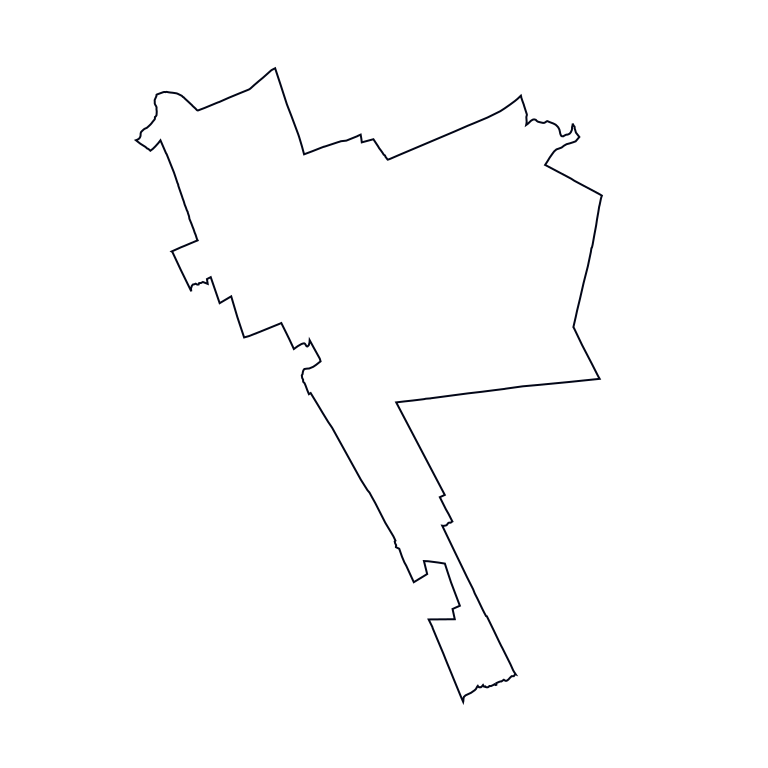 outline of Salcioara, Dâmbovita, Romania, rotated 266°
{"feature_id": "2599482B29130096234680", "entity_name": "Salcioara", "entity_type": "district", "adm_level": 2, "iso_a3": "ROU", "parent_name": "Romania", "parent_adm1": "Dâmbovita", "projection": "robinson", "projection_center": [25.568, 44.74], "detail": "fine", "context": "isolated", "style": "outline", "palette": "ink", "viewbox_px": 768, "rotation_deg": 266, "n_neighbors": 0, "source": "geoboundaries", "source_scale": "gbopen_adm2", "svg_char_len": 6098}
<svg xmlns="http://www.w3.org/2000/svg" viewBox="0 0 768 768"><g transform="rotate(266 384 384)"><path d="M630.6,590.4L629.1,590.2L627.1,589.5L625.6,589.4L624.3,589.1L622.2,588.0L620.9,586.8L620.3,585.6L620.0,584.5L620.0,583.2L619.5,581.9L619.1,581.0L618.6,580.2L618.7,578.9L619.1,578.2L620.1,577.7L621.4,577.3L623.1,577.1L625.6,576.7L627.9,575.7L629.3,574.6L630.7,573.3L632.0,571.2L633.9,567.1L634.8,565.4L634.7,564.6L633.7,563.0L633.3,561.8L633.4,560.7L634.2,558.0L634.9,555.9L635.9,554.6L636.9,553.9L637.3,552.9L637.5,552.1L637.3,550.8L636.3,548.9L633.6,545.7L632.5,543.9L633.5,544.2L635.6,544.6L636.4,544.6L638.0,544.6L640.1,544.6L640.7,544.7L642.4,545.3L643.0,545.3L652.4,543.0L652.7,543.0L656.8,541.8L660.7,540.8L661.1,540.9L662.1,540.7L659.2,537.2L657.2,534.4L653.9,529.2L650.6,523.7L648.0,519.0L642.6,505.8L637.8,491.7L635.8,485.6L630.9,471.8L611.4,415.0L608.2,405.9L607.5,403.4L607.7,403.2L610.6,401.3L611.8,401.0L612.3,400.4L612.8,399.7L613.2,399.5L614.9,398.6L617.2,397.2L619.3,395.8L620.0,395.4L621.3,394.8L628.9,390.5L626.6,378.7L630.4,378.5L634.4,378.1L633.3,375.1L633.1,374.8L629.4,363.4L629.2,358.0L628.7,356.2L628.5,355.2L624.9,341.1L625.0,340.9L624.1,337.9L621.1,328.4L618.7,320.3L626.4,318.8L630.0,318.0L636.2,316.6L638.9,315.9L657.9,310.3L666.6,307.6L669.9,306.6L689.3,301.8L706.6,297.4L705.1,294.0L704.7,293.3L697.9,284.5L695.2,280.7L691.5,275.7L688.2,271.5L687.5,270.4L687.1,269.5L684.0,260.0L680.4,249.2L676.8,239.3L676.6,238.4L675.9,236.2L671.9,224.3L670.3,219.0L669.9,217.7L669.9,217.2L670.0,216.9L670.2,216.6L670.6,216.2L671.9,215.2L674.6,212.6L675.1,212.2L675.8,211.7L676.6,210.9L679.1,208.6L682.9,205.0L683.8,204.3L684.1,204.0L684.3,203.5L685.6,202.4L687.7,198.8L688.1,198.1L688.5,197.0L689.3,193.4L689.6,191.6L690.0,189.6L690.5,187.8L690.6,187.2L690.5,186.8L690.4,186.3L690.6,185.7L690.6,184.5L688.7,177.8L688.5,177.4L688.3,177.2L687.4,177.1L686.8,176.9L683.4,175.1L682.8,175.0L681.4,175.0L680.3,174.9L679.7,174.9L679.0,175.1L678.5,175.3L676.9,176.1L676.2,176.3L675.5,176.4L674.1,176.2L671.8,176.3L670.0,176.1L668.0,175.8L667.0,175.1L666.5,174.5L666.4,174.2L666.2,174.1L664.9,174.0L664.4,173.9L663.9,173.6L661.7,171.5L660.3,170.3L659.2,169.2L657.7,167.4L656.1,165.3L655.3,163.1L654.8,162.2L653.0,160.0L652.2,159.2L651.2,158.8L650.8,158.7L648.9,158.5L648.1,158.3L646.9,157.7L646.1,157.0L645.6,156.4L644.9,154.9L644.5,153.5L640.7,157.7L637.2,162.5L636.2,163.5L635.5,164.1L635.1,165.0L634.3,166.0L633.0,167.2L634.6,169.7L637.0,172.5L640.1,175.7L642.7,178.0L629.3,182.7L628.8,183.0L628.5,183.2L621.6,185.4L620.9,185.6L609.7,189.2L604.4,190.6L599.2,191.9L597.3,192.6L596.4,192.6L595.5,192.8L584.8,195.7L583.5,196.0L580.1,197.0L576.8,197.7L574.1,198.6L571.2,199.4L570.8,199.5L569.7,200.1L568.9,200.2L568.3,200.3L564.9,201.2L563.7,201.3L562.4,201.4L557.0,203.2L553.9,204.1L551.8,204.8L548.2,205.7L545.9,206.5L541.7,207.5L540.7,207.9L540.3,208.1L538.0,201.3L535.8,194.9L534.5,190.9L531.0,181.4L530.5,182.1L512.1,189.2L489.9,198.2L492.7,198.1L495.4,199.2L496.6,200.4L496.7,201.7L497.2,203.1L496.2,204.6L496.2,206.0L497.6,206.7L497.5,208.4L498.4,210.4L496.2,215.1L501.0,214.7L502.7,218.6L476.1,225.7L482.1,237.7L460.9,242.4L440.2,247.7L441.2,252.6L444.5,263.1L451.1,283.3L452.0,285.8L441.1,290.3L437.4,291.8L435.7,292.5L427.4,295.7L425.2,296.5L427.8,300.7L429.6,304.4L429.9,305.5L430.1,306.4L430.1,307.3L429.7,307.9L428.9,308.4L427.3,309.2L426.9,309.7L426.8,310.3L428.0,311.7L430.7,312.6L432.9,312.9L425.4,316.3L413.8,321.7L411.0,322.3L409.9,320.6L407.9,317.7L406.1,314.6L404.7,310.5L404.7,308.0L404.5,305.6L403.2,304.5L401.6,303.9L399.4,303.4L398.4,302.6L395.7,302.8L393.9,303.6L392.5,303.5L391.6,303.7L390.4,304.8L387.8,305.7L383.0,307.1L379.1,308.4L380.1,310.2L368.1,316.4L359.4,320.8L349.8,325.8L344.0,329.2L290.2,354.2L279.2,360.1L276.6,362.0L272.4,363.9L265.8,367.0L245.5,375.6L231.3,382.8L226.9,384.5L226.2,383.7L224.3,384.0L222.3,384.9L221.4,384.6L220.4,384.5L218.6,387.7L210.5,389.9L204.6,391.9L201.2,393.5L184.2,399.9L191.4,413.8L204.6,411.5L204.1,415.7L202.1,425.7L200.6,432.2L193.3,434.0L181.5,437.0L157.5,444.2L154.8,436.7L144.4,438.2L146.0,412.3L146.0,412.1L138.2,415.3L137.1,415.5L126.1,419.2L110.9,424.4L105.2,426.2L101.2,427.5L89.8,431.3L86.1,432.5L67.7,438.6L61.4,440.8L62.1,441.0L64.9,441.4L66.3,441.9L67.7,443.6L69.9,449.3L71.6,452.1L72.1,453.0L73.3,454.4L75.8,456.0L76.3,456.5L75.3,457.0L74.8,457.9L74.9,458.1L74.9,458.6L74.7,459.2L74.7,459.4L75.3,460.4L76.8,461.8L75.2,462.6L75.0,463.1L75.2,464.0L74.6,464.3L74.2,465.6L74.3,466.6L74.7,467.4L75.4,468.1L75.2,469.6L76.1,472.0L76.8,473.3L76.2,473.8L75.9,474.4L76.1,475.1L77.0,475.2L77.8,475.2L78.9,478.3L79.2,479.8L79.1,480.4L80.6,482.9L79.6,484.2L79.4,484.7L79.4,485.4L79.7,486.3L80.7,487.7L82.2,489.2L83.6,490.9L83.5,493.1L85.2,494.5L85.3,494.9L85.2,495.1L87.5,493.8L89.3,492.9L95.6,490.6L112.7,483.5L114.2,482.8L118.6,481.0L131.5,475.9L145.1,470.4L145.4,469.6L148.7,468.1L152.5,466.5L163.4,462.2L168.8,459.9L173.0,458.6L185.6,453.3L197.4,448.6L211.1,443.1L238.6,432.2L238.3,433.6L238.4,434.4L238.6,436.0L238.9,436.7L239.7,437.4L240.8,438.4L241.0,438.7L241.1,439.1L241.1,439.9L241.0,440.4L241.1,440.9L241.3,441.4L241.9,442.1L242.1,442.6L249.7,439.4L254.7,437.0L267.2,431.8L269.1,436.9L364.8,394.9L365.2,403.0L365.5,411.2L366.0,421.2L366.1,422.6L366.1,422.9L366.4,424.7L366.4,427.6L366.4,429.5L366.5,429.7L367.9,452.4L368.8,467.1L369.4,480.8L370.1,493.1L370.7,504.3L370.8,504.5L372.0,522.1L372.3,538.1L373.1,569.0L373.6,584.0L374.1,599.5L375.2,599.0L376.1,598.5L379.1,597.2L389.3,592.9L409.1,584.3L426.3,577.5L427.5,576.9L437.7,580.0L443.6,581.7L455.5,585.5L471.0,590.2L487.3,595.6L501.4,599.6L505.1,600.4L505.5,600.9L508.3,601.8L517.5,604.1L527.5,606.7L533.4,608.0L540.2,609.7L545.8,611.0L547.6,611.6L554.0,613.4L555.1,613.8L556.7,614.5L558.2,612.4L573.5,588.0L575.7,585.1L591.3,560.0L594.6,562.5L598.3,565.1L602.1,568.2L604.2,570.0L606.0,572.4L606.7,575.0L607.5,577.7L609.2,580.2L610.5,582.9L611.1,586.1L612.0,589.7L612.7,592.1L616.8,596.1L621.4,593.0L624.3,592.4L625.7,592.0L626.7,592.1L627.2,592.1L627.8,591.8L628.2,591.3L629.3,590.9L630.6,590.4Z" fill="none" stroke="#020617" stroke-width="2"/></g></svg>